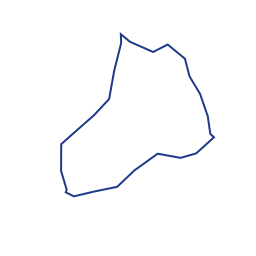 Bjuv, Skåne, Sweden (orthographic projection), rotated 43°
{"feature_id": "70781695B11789611241227", "entity_name": "Bjuv", "entity_type": "district", "adm_level": 2, "iso_a3": "SWE", "parent_name": "Sweden", "parent_adm1": "Skåne", "projection": "orthographic", "projection_center": [12.999, 56.072], "detail": "fine", "context": "isolated", "style": "outline", "palette": "blue", "viewbox_px": 256, "rotation_deg": 43, "n_neighbors": 0, "source": "geoboundaries", "source_scale": "gbopen_adm2", "svg_char_len": 468}
<svg xmlns="http://www.w3.org/2000/svg" viewBox="0 0 256 256"><g transform="rotate(43 128 128)"><path d="M126.3,217.5L135.0,214.9L146.2,198.1L160.2,178.4L161.6,154.6L167.2,126.6L186.8,114.0L195.2,100.0L197.2,76.2L192.3,76.2L178.3,65.0L157.4,53.9L137.8,48.3L122.4,38.5L100.1,39.9L94.5,55.3L70.7,63.6L58.8,64.3L65.1,70.6L79.0,95.8L94.4,119.6L94.4,142.0L91.6,170.0L90.2,185.4L108.4,205.1L125.2,214.9L126.3,217.5Z" fill="none" stroke="#1e3a8a" stroke-width="2"/></g></svg>